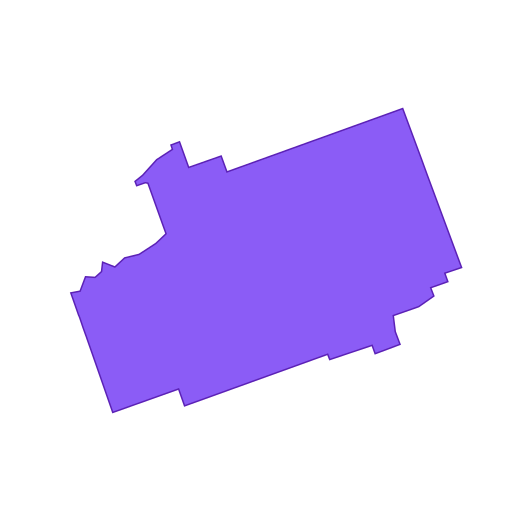 outline of Scott, Arkansas, United States of America, rotated 339°
{"feature_id": "52423323B55243158693426", "entity_name": "Scott", "entity_type": "district", "adm_level": 2, "iso_a3": "USA", "parent_name": "United States of America", "parent_adm1": "Arkansas", "projection": "albers", "projection_center": [-94.153, 34.883], "detail": "fine", "context": "isolated", "style": "filled", "palette": "violet", "viewbox_px": 512, "rotation_deg": 339, "n_neighbors": 0, "source": "geoboundaries", "source_scale": "gbopen_adm2", "svg_char_len": 794}
<svg xmlns="http://www.w3.org/2000/svg" viewBox="0 0 512 512"><g transform="rotate(339 256 256)"><path d="M443.8,340.4L444.9,241.7L445.2,225.0L445.8,170.9L259.0,167.1L259.3,150.2L224.9,149.2L225.5,122.0L216.4,121.9L216.2,126.5L197.8,130.5L179.1,140.0L169.8,143.0L169.8,144.2L169.8,147.6L178.9,147.9L181.2,149.3L180.2,192.3L180.0,203.0L167.0,208.4L147.4,212.6L132.7,210.7L120.3,215.7L110.6,206.8L106.2,215.2L98.1,218.3L89.4,214.3L79.2,225.8L69.9,224.1L69.2,247.7L69.3,248.7L69.3,250.9L68.9,260.4L68.7,269.0L68.7,270.6L68.6,272.6L68.1,289.8L66.2,350.7L136.1,352.4L135.6,370.3L287.7,373.4L287.7,379.1L332.4,381.0L332.2,389.9L358.8,390.1L358.9,376.5L362.8,360.8L389.8,361.6L407.7,357.1L407.7,348.2L425.9,348.7L426.1,339.7L443.8,340.4Z" fill="#8b5cf6" stroke="#5b21b6" stroke-width="1.5"/></g></svg>